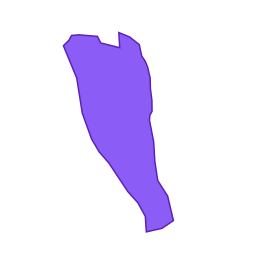 outline of Lyantonde, rotated 341°
{"feature_id": "UGA-5618", "entity_name": "Lyantonde", "entity_type": "District", "adm_level": 1, "iso_a3": "UGA", "parent_name": "Uganda", "parent_adm1": "", "projection": "equal_earth", "projection_center": [31.198, -0.28], "detail": "fine", "context": "isolated", "style": "filled", "palette": "violet", "viewbox_px": 256, "rotation_deg": 341, "n_neighbors": 0, "source": "natural_earth", "source_scale": "10m", "svg_char_len": 567}
<svg xmlns="http://www.w3.org/2000/svg" viewBox="0 0 256 256"><g transform="rotate(341 128 128)"><path d="M104.8,22.1L112.1,24.0L128.9,31.4L129.9,38.7L146.3,49.4L150.4,34.8L159.1,42.4L165.8,52.7L164.4,64.3L166.0,70.4L166.4,76.7L165.2,88.0L162.0,98.1L159.6,109.7L156.2,120.0L152.8,123.1L150.8,127.8L147.8,149.2L142.5,168.3L139.0,187.4L143.3,205.2L140.8,230.3L127.5,233.9L111.5,232.2L115.6,217.2L113.0,201.9L107.2,188.3L98.5,154.9L92.9,141.0L90.0,126.4L89.6,99.0L95.8,64.1L93.7,29.2L100.6,25.9L104.8,22.1Z" fill="#8b5cf6" stroke="#5b21b6" stroke-width="1.5"/></g></svg>